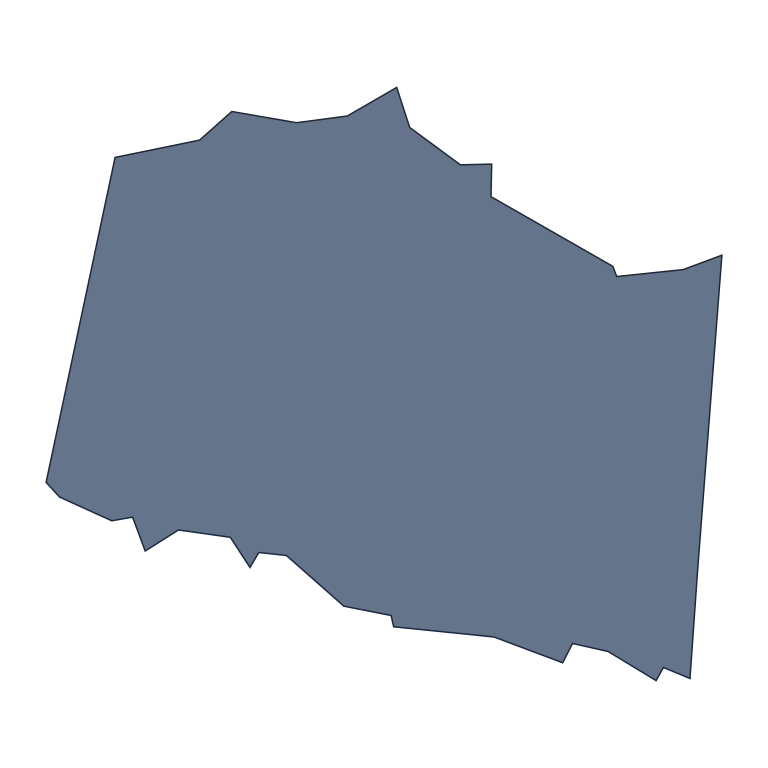 Lunenburg, Virginia, United States of America (orthographic projection)
{"feature_id": "52423323B20701637265595", "entity_name": "Lunenburg", "entity_type": "district", "adm_level": 2, "iso_a3": "USA", "parent_name": "United States of America", "parent_adm1": "Virginia", "projection": "orthographic", "projection_center": [-78.234, 36.948], "detail": "fine", "context": "isolated", "style": "filled", "palette": "slate", "viewbox_px": 768, "rotation_deg": 0, "n_neighbors": 0, "source": "geoboundaries", "source_scale": "gbopen_adm2", "svg_char_len": 561}
<svg xmlns="http://www.w3.org/2000/svg" viewBox="0 0 768 768"><path d="M721.9,255.2L683.1,269.6L616.7,276.5L612.9,266.4L491.0,196.7L491.7,164.1L460.4,164.8L409.7,127.5L396.7,87.4L347.3,116.0L296.4,122.7L231.8,111.5L199.6,140.1L115.1,157.4L46.1,482.4L59.6,497.1L111.8,520.8L132.6,517.1L145.2,551.0L178.4,530.0L230.3,537.3L250.0,567.5L258.8,552.5L286.4,555.5L343.9,606.2L391.1,615.5L393.7,626.8L494.0,637.0L562.7,662.8L572.5,643.5L608.1,651.5L656.1,680.6L663.4,667.5L690.0,678.5L697.4,573.1L721.9,255.2Z" fill="#64748b" stroke="#1e293b" stroke-width="1.5"/></svg>